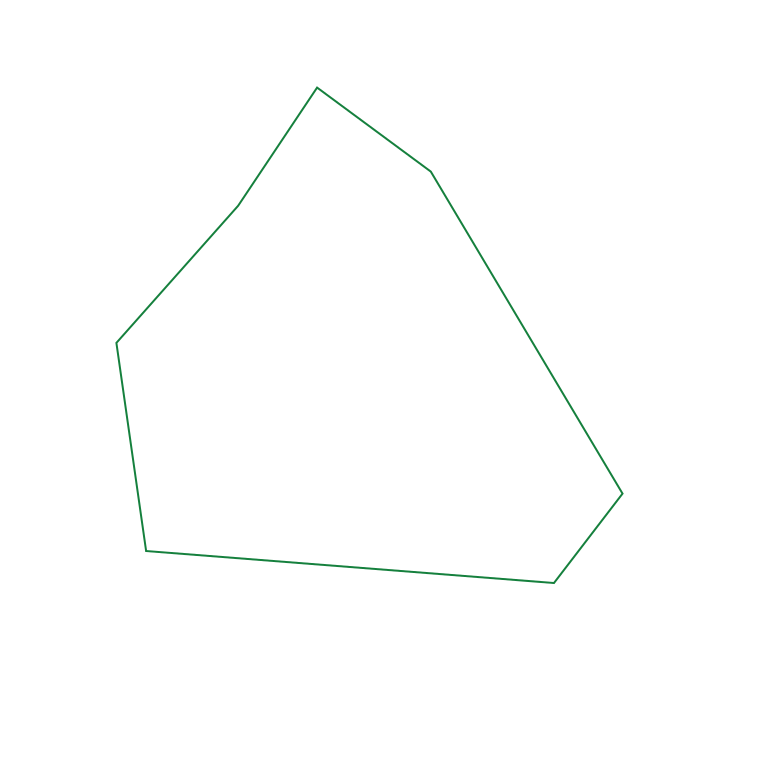 outline of Meneng, rotated 293°
{"feature_id": "NRU-4982", "entity_name": "Meneng", "entity_type": "state/province", "adm_level": 1, "iso_a3": "NRU", "parent_name": "Nauru", "parent_adm1": "", "projection": "equal_earth", "projection_center": [166.942, -0.541], "detail": "fine", "context": "isolated", "style": "outline", "palette": "green", "viewbox_px": 768, "rotation_deg": 293, "n_neighbors": 0, "source": "natural_earth", "source_scale": "10m", "svg_char_len": 262}
<svg xmlns="http://www.w3.org/2000/svg" viewBox="0 0 768 768"><g transform="rotate(293 384 384)"><path d="M630.7,206.6L597.8,344.1L376.3,646.4L267.2,618.2L137.3,230.3L317.3,121.6L491.1,180.1L630.7,206.6Z" fill="none" stroke="#15803d" stroke-width="2"/></g></svg>